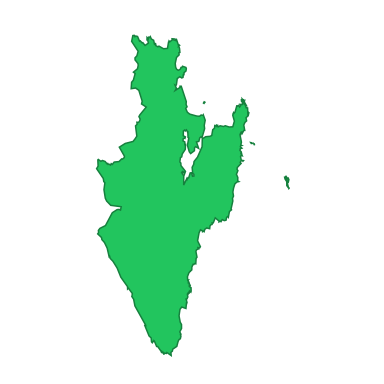 Carndonagh Lea-4, Donegal, Ireland (Natural Earth projection), rotated 85°
{"feature_id": "5873133B51648159491846", "entity_name": "Carndonagh Lea-4", "entity_type": "district", "adm_level": 2, "iso_a3": "IRL", "parent_name": "Ireland", "parent_adm1": "Donegal", "projection": "natural_earth1", "projection_center": [-7.257, 55.295], "detail": "fine", "context": "isolated", "style": "filled", "palette": "green", "viewbox_px": 384, "rotation_deg": 85, "n_neighbors": 0, "source": "geoboundaries", "source_scale": "gbopen_adm2", "svg_char_len": 6071}
<svg xmlns="http://www.w3.org/2000/svg" viewBox="0 0 384 384"><g transform="rotate(85 192 192)"><path d="M31.0,237.3L36.7,239.0L47.1,233.4L51.5,235.0L53.4,237.1L55.5,237.2L59.4,234.6L61.4,234.6L64.5,235.6L67.5,239.9L69.0,238.3L75.5,240.7L77.4,242.6L83.8,243.6L83.5,239.1L86.1,236.1L97.2,233.7L99.9,234.6L103.4,230.2L110.7,237.3L112.3,238.3L114.8,237.3L116.5,237.9L118.0,239.1L117.7,240.8L119.8,240.8L121.2,242.5L131.6,242.1L134.1,244.1L136.5,246.3L137.8,254.3L141.0,260.5L150.4,256.2L151.8,256.5L153.2,258.4L152.9,259.2L155.3,262.0L155.4,266.9L157.6,269.0L156.7,270.0L158.1,270.8L157.0,272.3L157.2,273.2L156.2,273.5L156.5,274.2L154.0,275.9L152.8,278.5L153.5,280.1L151.4,282.5L151.8,283.0L158.1,283.3L160.4,285.0L170.8,279.2L173.9,279.0L175.2,278.0L182.0,279.5L190.7,278.9L193.6,277.8L198.2,274.1L200.5,263.8L203.8,264.8L203.0,266.1L203.0,268.1L205.7,273.2L217.9,281.1L220.2,286.9L222.1,288.6L224.3,288.6L225.5,289.6L229.5,286.1L231.6,285.9L234.7,283.6L240.5,281.4L249.2,280.2L248.8,279.7L251.0,279.3L254.1,276.8L261.2,273.2L270.7,270.3L280.6,264.5L283.0,264.6L282.3,263.7L287.9,260.3L290.7,260.9L290.4,261.3L293.7,259.5L300.5,258.8L320.8,249.7L321.8,249.9L320.1,250.9L331.7,247.3L333.8,245.4L337.7,245.4L338.7,244.7L337.5,243.9L337.7,243.0L336.8,242.9L337.1,242.5L342.8,240.7L342.9,239.7L347.9,236.7L347.3,236.0L348.6,236.6L349.5,235.8L348.9,235.0L351.6,234.0L350.0,233.9L350.6,231.6L349.7,231.0L353.1,227.0L350.0,227.0L348.8,225.4L346.9,224.9L344.5,220.6L339.7,218.9L337.9,217.8L337.2,216.4L334.6,215.6L333.1,216.0L332.7,215.4L330.3,216.4L327.0,214.3L323.1,214.0L320.6,215.1L314.2,215.7L307.8,214.2L305.7,212.2L307.5,208.2L301.2,207.0L302.1,206.8L301.6,206.6L298.1,207.2L298.0,206.3L296.2,205.3L293.3,205.5L292.6,205.0L293.0,204.5L291.8,204.1L292.2,203.5L290.5,203.1L291.7,201.9L290.7,201.5L287.2,201.3L286.1,202.7L285.1,201.9L284.3,202.2L284.8,202.8L282.8,202.7L282.2,203.6L281.6,202.9L280.1,203.8L279.3,203.2L279.3,204.0L275.9,203.9L272.2,202.1L270.9,200.8L271.7,200.5L270.8,200.7L269.6,199.0L266.8,198.7L264.1,197.2L264.4,196.5L263.5,195.6L263.9,194.5L258.5,193.7L257.4,192.7L251.6,193.3L250.0,192.6L249.5,191.2L248.2,191.0L248.8,190.4L248.1,190.4L248.4,189.3L247.2,188.4L241.1,190.7L233.2,188.5L230.4,186.9L231.5,185.1L232.4,185.0L231.9,184.2L232.6,183.4L230.3,182.5L229.1,180.5L230.1,177.6L227.3,177.0L226.3,176.1L226.1,174.9L226.6,175.1L225.3,174.5L224.6,174.7L224.6,173.5L219.8,171.1L223.3,167.6L224.1,167.7L223.5,166.5L224.1,165.7L222.1,164.3L223.3,162.4L223.1,160.6L220.3,159.7L219.5,158.5L220.3,158.0L214.7,156.4L213.2,154.2L212.4,154.6L204.5,152.1L201.8,152.2L199.7,151.0L195.6,151.3L191.6,150.2L187.7,148.6L186.0,146.4L185.7,144.5L185.0,145.5L181.5,145.1L178.2,146.2L174.7,144.4L173.3,145.2L171.5,144.7L167.8,140.6L166.6,141.4L165.0,140.1L161.0,140.6L160.0,140.0L160.3,138.8L157.6,140.0L157.1,139.7L157.6,139.3L156.2,139.5L154.8,140.6L153.0,140.1L152.7,138.5L151.1,139.9L149.9,139.3L149.9,138.5L149.3,139.3L146.7,138.4L139.1,139.2L138.1,138.7L138.5,138.3L136.8,138.0L136.5,137.1L137.9,136.8L135.1,134.9L135.2,134.1L129.8,134.6L127.3,133.2L125.9,131.4L122.7,131.7L121.4,130.0L120.0,129.6L113.1,129.3L112.7,130.5L111.9,130.3L112.4,130.7L109.7,131.5L110.2,130.5L107.6,131.7L108.4,132.5L104.6,133.2L103.7,133.9L105.8,133.8L103.8,134.8L105.9,134.8L107.3,133.8L109.2,134.3L108.9,136.6L110.2,136.0L111.5,137.1L109.8,138.1L110.3,139.1L109.5,139.1L110.3,139.3L110.1,139.9L116.2,142.2L117.2,143.3L116.5,143.6L117.6,144.3L119.3,144.7L125.1,143.6L130.6,145.7L130.5,149.3L128.9,153.1L129.5,154.8L128.5,158.2L129.4,160.2L127.8,163.5L130.5,164.1L131.7,165.9L137.4,167.4L138.1,169.1L138.1,173.5L139.9,177.1L147.8,178.0L157.8,183.5L161.8,187.3L164.6,187.9L167.4,189.7L173.2,189.7L174.5,188.6L176.3,188.7L176.4,190.1L172.8,190.8L172.8,192.1L177.6,194.1L177.7,195.0L178.9,195.7L178.0,195.9L184.4,199.7L175.0,198.8L173.0,200.1L172.2,199.7L171.8,200.6L170.7,199.7L171.4,198.4L173.5,197.9L170.9,196.7L164.7,200.7L162.2,200.6L160.9,201.5L156.7,200.5L156.1,199.2L153.3,198.4L149.0,195.0L144.0,194.3L144.1,195.0L141.5,194.8L140.3,196.5L138.3,196.2L137.6,195.0L138.0,194.4L136.5,193.8L135.2,195.8L130.5,195.3L129.6,193.9L130.6,193.4L129.6,192.1L131.7,191.3L130.9,190.9L137.3,191.2L137.9,190.5L145.2,192.5L151.7,191.2L153.6,190.0L151.1,186.0L148.2,185.6L147.1,184.5L149.1,181.6L142.5,183.2L142.2,180.8L138.7,179.5L137.8,178.2L138.7,177.4L137.7,176.9L130.0,173.9L126.7,174.0L121.6,172.6L116.2,174.0L116.7,174.3L116.1,176.2L117.2,177.9L116.8,180.5L114.2,187.5L112.1,189.7L108.2,191.0L106.7,189.5L104.2,190.3L101.5,189.8L85.7,193.5L85.6,194.8L86.8,194.8L89.3,199.8L87.4,198.5L84.2,199.5L84.7,198.9L83.8,198.2L77.7,196.8L76.1,194.1L77.5,192.3L77.1,191.0L74.3,190.4L74.4,189.8L72.4,189.5L71.0,187.5L68.7,186.9L67.4,187.2L65.9,190.5L67.1,191.3L67.0,192.1L68.6,192.9L69.6,195.0L68.4,196.6L66.3,197.4L62.5,197.5L56.6,195.7L54.3,192.9L52.1,192.9L51.9,191.9L47.9,191.9L38.5,194.2L38.5,195.1L39.8,194.8L38.6,197.6L37.9,196.8L37.6,198.5L38.7,198.4L40.5,201.1L39.9,201.6L40.8,201.6L40.0,201.7L40.5,202.3L46.8,203.9L46.8,207.9L43.8,212.2L44.4,213.3L42.9,215.5L41.7,215.2L41.0,215.4L41.4,216.5L37.5,217.0L36.0,219.2L33.5,220.0L34.3,220.8L34.0,221.6L35.5,222.1L34.1,223.3L36.5,223.6L36.5,222.9L39.9,222.5L41.9,226.0L38.9,228.0L39.1,228.7L36.9,230.4L37.2,231.1L32.3,232.7L31.7,234.5L32.3,235.3L30.9,235.9L31.0,237.3ZM185.0,97.9L187.5,97.1L186.4,98.3L187.1,98.2L189.9,96.7L193.9,97.0L196.4,95.5L189.1,96.6L190.5,95.2L188.1,94.4L185.8,95.2L187.7,95.2L184.5,97.0L185.0,97.9ZM116.5,129.1L119.9,129.5L120.3,129.2L118.2,128.5L118.2,129.1L116.5,129.1ZM104.8,172.3L103.7,171.3L103.2,172.0L104.4,172.8L104.8,172.3ZM149.4,128.4L148.1,128.5L147.9,129.2L149.4,128.4ZM165.2,138.0L164.9,139.2L165.8,138.6L165.2,138.0ZM104.2,132.5L106.4,132.6L103.9,132.4L104.2,132.5ZM44.8,191.6L44.5,191.9L45.2,192.3L44.8,191.6ZM148.7,126.9L149.7,127.0L147.9,126.8L148.7,126.9ZM150.9,125.6L149.6,125.8L149.7,126.1L150.9,125.6ZM106.3,131.9L106.8,132.5L107.5,132.3L106.3,131.9ZM127.8,160.7L127.5,161.5L128.5,161.3L127.8,160.7ZM196.9,95.0L195.7,95.1L197.0,95.2L196.9,95.0Z" fill="#22c55e" stroke="#15803d" stroke-width="1.5"/></g></svg>